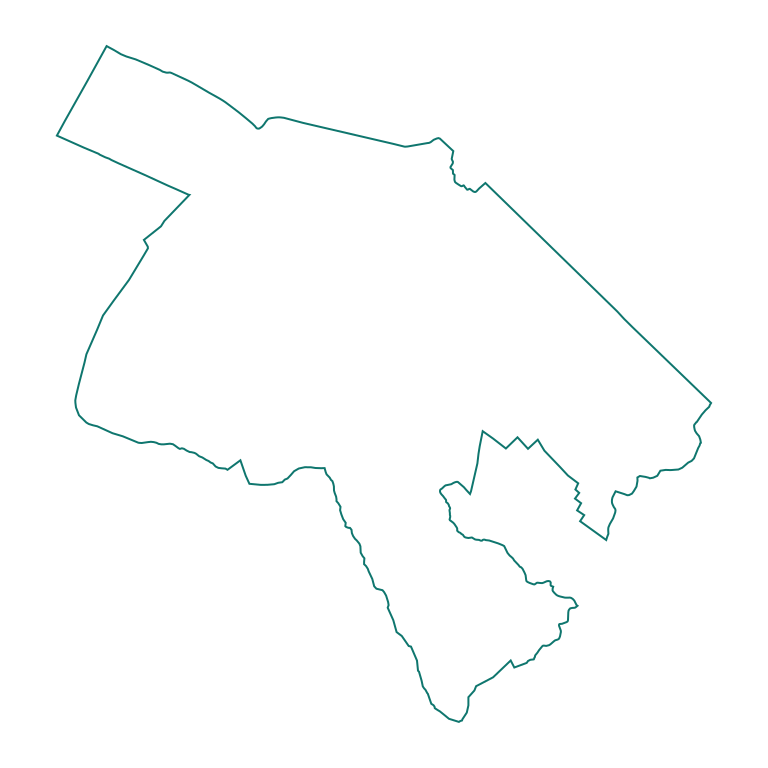 outline of San Lucas Tecopilco, Tlaxcala, Mexico
{"feature_id": "50627088B19977946929791", "entity_name": "San Lucas Tecopilco", "entity_type": "district", "adm_level": 2, "iso_a3": "MEX", "parent_name": "Mexico", "parent_adm1": "Tlaxcala", "projection": "albers", "projection_center": [-98.249, 19.488], "detail": "fine", "context": "isolated", "style": "outline", "palette": "teal", "viewbox_px": 768, "rotation_deg": 0, "n_neighbors": 0, "source": "geoboundaries", "source_scale": "gbopen_adm2", "svg_char_len": 6089}
<svg xmlns="http://www.w3.org/2000/svg" viewBox="0 0 768 768"><path d="M99.4,154.5L105.3,157.3L109.2,158.7L111.4,160.0L118.7,163.4L144.6,174.9L167.9,185.6L175.5,188.9L188.5,194.7L189.4,194.9L164.4,220.9L161.0,226.3L143.9,239.9L147.8,246.7L147.9,248.4L143.6,255.7L129.0,279.9L113.8,300.5L103.0,315.5L97.0,330.0L86.4,354.3L84.5,362.6L78.9,384.0L76.2,395.3L75.3,400.3L75.4,402.8L76.0,407.5L79.0,415.3L86.3,422.5L88.8,424.0L93.0,425.3L97.3,426.3L112.5,433.2L122.8,436.3L138.3,442.7L139.8,442.9L141.8,443.0L148.0,442.1L150.9,441.8L153.8,442.1L156.5,442.8L158.7,443.9L161.1,444.3L164.2,444.3L169.9,443.7L172.9,444.2L175.0,445.6L178.5,448.2L179.9,448.9L181.9,448.3L183.9,448.8L186.5,450.5L189.6,452.0L191.5,452.2L194.5,452.9L196.2,453.8L199.1,456.2L202.4,457.5L206.3,460.0L208.6,461.0L210.6,462.5L212.8,463.4L215.6,466.5L218.4,467.9L221.7,468.3L225.5,468.6L227.5,469.8L240.4,460.3L245.7,475.7L249.4,483.8L261.1,484.9L267.5,484.8L274.3,484.2L278.2,482.8L282.3,482.2L284.8,479.6L287.5,478.5L290.9,474.9L294.1,471.2L298.8,468.5L304.9,467.2L311.1,467.3L315.5,468.0L321.2,468.2L324.6,468.1L325.7,472.1L326.6,474.4L329.7,477.6L331.0,479.9L332.4,481.1L333.3,483.7L333.9,486.4L334.0,490.5L334.7,493.0L336.1,496.6L336.5,499.2L336.5,501.2L338.3,503.2L340.5,506.8L340.1,510.2L341.4,514.5L343.2,519.2L345.7,522.8L345.3,526.1L346.2,527.0L348.3,527.8L350.0,527.9L351.5,529.8L351.9,533.1L353.1,536.0L355.0,538.8L356.7,540.4L359.4,543.7L360.4,546.3L360.7,552.7L362.6,556.1L364.4,558.3L364.1,561.7L364.1,564.2L366.0,566.0L367.8,568.8L368.7,571.4L372.3,579.0L374.2,586.3L376.4,588.7L382.5,590.2L384.1,592.1L386.1,595.6L388.1,602.0L388.6,605.1L387.7,607.7L393.3,620.2L396.6,632.1L401.8,636.0L408.7,646.0L411.0,646.6L417.0,660.6L418.0,670.7L419.0,671.7L421.6,680.7L422.8,686.4L424.2,688.5L425.4,689.7L427.3,693.2L427.8,693.7L431.3,703.8L433.5,705.2L434.5,706.6L434.8,708.2L438.2,710.4L439.8,711.3L449.0,718.8L458.9,721.9L460.3,721.0L462.0,720.5L462.4,719.3L466.8,712.6L468.4,705.4L468.4,697.2L474.4,690.5L476.1,686.2L493.1,677.3L510.7,660.5L514.3,667.5L526.7,662.9L528.0,661.0L530.3,659.8L533.7,659.4L534.1,658.8L534.4,657.6L535.0,656.8L535.0,656.1L535.2,655.4L537.4,652.7L539.1,650.1L542.3,646.2L543.0,645.7L543.9,645.6L546.2,645.9L549.0,645.2L550.3,644.4L554.0,641.2L555.2,640.3L557.6,639.6L558.7,639.0L559.3,638.1L560.0,636.4L560.9,631.9L560.8,630.6L559.1,625.9L559.0,625.0L559.2,624.3L559.7,624.0L562.0,623.8L566.6,622.1L567.5,621.5L567.8,620.9L568.0,620.0L568.3,612.3L568.6,610.5L569.2,609.5L570.2,608.4L570.9,608.2L572.5,607.9L574.4,607.8L575.4,607.5L577.5,605.8L576.5,605.0L574.3,600.6L572.7,598.9L571.1,597.9L569.9,597.6L566.3,597.7L564.8,597.6L560.2,596.5L558.5,596.0L557.2,595.4L556.2,594.7L554.2,592.7L552.9,591.1L552.6,590.5L552.6,588.8L553.2,586.7L551.4,586.0L550.9,585.7L550.6,585.1L550.7,582.5L550.1,581.5L549.4,581.2L548.2,581.0L546.6,581.3L543.5,582.7L542.1,583.1L540.2,583.0L537.6,582.7L536.9,582.8L534.6,584.4L533.4,584.3L529.5,582.9L527.4,581.9L526.5,581.1L526.2,580.1L525.6,575.2L524.4,572.4L522.6,568.9L521.2,567.3L520.5,567.1L519.7,566.6L518.4,564.9L514.2,560.5L513.0,558.5L511.3,556.9L509.7,555.6L507.5,552.9L504.2,546.1L502.6,545.2L498.2,543.4L489.2,540.5L485.7,540.1L484.8,539.7L483.4,539.7L482.8,539.9L481.9,540.7L481.4,540.7L480.6,540.6L479.0,539.9L476.3,539.7L475.0,539.4L471.9,537.5L468.3,538.0L466.1,537.6L465.1,537.3L464.2,536.7L462.9,534.8L461.2,533.8L460.4,532.9L458.6,532.1L457.7,531.2L457.2,530.7L457.2,528.6L456.8,527.6L454.4,524.0L453.2,522.7L449.9,520.2L449.6,519.5L450.2,517.0L450.2,515.8L449.9,515.0L449.9,513.2L449.5,510.4L449.6,509.6L450.0,508.9L450.1,508.2L449.9,507.6L449.0,506.0L448.7,504.7L447.6,503.1L446.6,502.5L446.1,501.9L446.1,500.4L445.9,499.7L445.0,498.7L443.0,496.0L441.4,494.3L440.5,493.0L440.1,492.0L440.0,491.1L440.1,490.2L440.5,489.5L442.0,488.5L444.2,486.4L445.5,485.4L451.3,484.2L453.5,482.9L455.2,482.2L456.4,481.9L457.6,481.9L457.9,482.0L463.9,487.2L466.3,490.0L470.0,494.0L471.0,491.3L477.4,463.4L478.5,453.8L479.7,446.3L482.7,431.2L493.0,438.5L505.9,448.5L517.5,437.3L528.0,448.8L537.8,439.7L544.4,450.7L560.3,467.3L567.9,475.5L578.2,483.3L575.4,489.5L579.2,492.9L575.0,498.6L581.1,503.2L577.1,510.4L584.2,515.1L580.1,521.2L606.2,540.0L607.1,537.1L608.4,533.8L608.2,529.9L608.3,528.1L608.5,527.2L609.9,523.9L613.1,518.4L615.2,512.5L615.4,511.2L615.5,510.2L615.2,509.0L613.8,507.0L612.5,504.3L612.0,502.8L611.9,501.2L612.0,499.5L612.5,497.4L615.6,491.3L624.4,494.1L627.2,495.2L629.0,495.1L632.0,493.6L633.8,491.1L636.5,486.6L637.5,480.8L637.4,477.5L639.9,476.0L645.5,476.9L648.9,477.8L649.8,478.3L653.2,477.7L657.3,475.8L660.4,470.7L665.7,469.9L670.5,470.1L678.4,469.5L682.3,467.7L688.2,462.6L691.6,460.9L694.0,458.4L698.2,448.0L699.6,445.5L700.2,443.3L700.9,442.8L700.3,439.6L699.1,436.2L696.6,433.3L695.1,430.9L694.7,429.7L694.2,427.2L694.1,425.5L694.4,424.6L695.6,423.2L696.1,422.4L696.8,422.0L701.8,414.6L705.5,410.3L709.2,406.8L709.9,404.9L711.1,403.0L632.5,327.2L624.2,319.0L617.3,311.5L485.4,183.0L479.1,188.5L476.6,191.2L475.8,191.8L475.1,192.0L474.4,191.9L473.3,191.5L469.9,188.9L469.3,188.9L467.7,189.7L467.2,189.7L466.9,189.4L464.8,186.9L464.0,185.6L463.6,185.4L463.0,185.6L462.4,186.0L461.6,186.2L461.0,186.1L458.4,184.5L455.9,182.8L455.0,181.9L454.6,180.6L454.4,179.5L454.6,175.0L454.2,174.5L453.3,174.0L453.0,173.4L452.9,170.1L450.7,168.2L450.5,167.7L450.5,167.0L452.7,163.5L452.9,162.4L452.9,161.6L451.9,159.6L451.7,158.9L453.3,151.1L439.9,138.6L438.4,138.1L436.8,138.5L433.7,139.8L430.6,142.2L429.0,142.9L427.3,143.1L407.6,146.5L405.3,146.7L404.3,146.6L393.4,143.9L303.1,122.9L283.9,117.8L280.5,117.4L278.4,117.3L275.7,117.5L271.3,118.1L269.2,118.6L268.2,118.9L266.0,121.4L264.0,124.4L262.1,126.6L260.0,128.1L259.0,128.6L257.9,128.6L257.0,128.4L256.2,127.8L255.1,126.3L252.4,123.6L246.1,118.3L238.6,112.2L225.5,102.3L223.1,100.7L219.7,98.6L209.1,92.7L191.7,82.5L188.0,80.6L171.5,73.0L170.4,72.6L169.5,72.5L167.6,72.7L166.2,72.6L162.6,71.6L160.0,70.0L149.4,65.2L135.7,59.4L126.4,56.5L120.9,54.2L113.5,49.8L106.6,46.1L87.4,80.9L64.9,120.9L56.9,135.6L83.8,147.6L98.8,153.9L99.4,154.5Z" fill="none" stroke="#0f766e" stroke-width="2"/></svg>